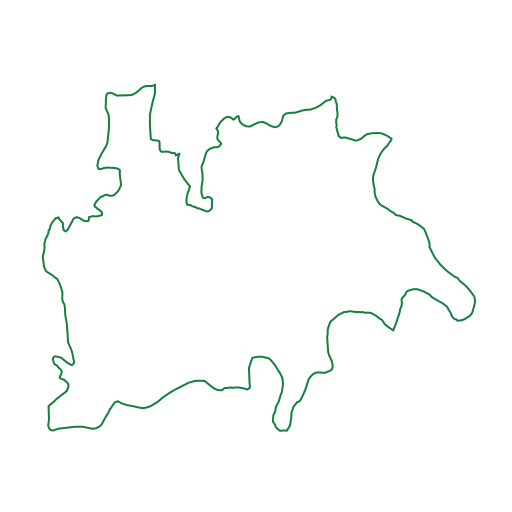 the district of Tukh, Al Qalyubiyah, Egypt, rotated 177°
{"feature_id": "37247803B54771061850383", "entity_name": "Tukh", "entity_type": "district", "adm_level": 2, "iso_a3": "EGY", "parent_name": "Egypt", "parent_adm1": "Al Qalyubiyah", "projection": "equal_earth", "projection_center": [31.147, 30.344], "detail": "fine", "context": "isolated", "style": "outline", "palette": "green", "viewbox_px": 512, "rotation_deg": 177, "n_neighbors": 0, "source": "geoboundaries", "source_scale": "gbopen_adm2", "svg_char_len": 6095}
<svg xmlns="http://www.w3.org/2000/svg" viewBox="0 0 512 512"><g transform="rotate(177 256 256)"><path d="M122.9,174.6L119.6,181.6L115.5,192.2L114.9,195.1L113.4,198.2L112.7,201.4L113.0,204.1L112.6,205.9L112.3,206.4L110.9,207.6L109.3,209.2L107.3,212.7L104.1,213.9L100.3,214.6L96.5,214.4L90.1,211.6L84.2,208.1L83.6,206.9L82.8,206.0L78.1,202.7L72.5,199.3L67.8,195.3L66.6,192.5L64.8,189.5L64.0,186.9L62.8,184.4L61.0,182.7L59.0,182.0L58.7,181.3L58.0,180.8L54.5,181.0L51.5,181.8L46.3,184.6L44.6,186.0L43.4,187.5L42.4,189.7L40.0,197.2L39.6,199.7L39.8,202.2L40.3,204.3L43.2,208.9L46.6,213.4L49.7,216.8L53.7,220.3L56.0,223.7L58.4,224.7L64.1,229.3L67.7,232.6L72.7,238.2L77.4,244.8L82.3,255.8L82.0,258.5L82.3,261.0L85.0,269.6L86.6,273.9L88.9,276.2L91.8,278.6L94.9,280.6L97.6,281.8L98.3,282.6L98.6,283.6L103.6,285.3L110.5,288.7L114.3,289.6L115.3,290.9L116.8,292.3L118.8,293.4L122.7,296.6L128.5,300.2L130.3,302.2L131.7,304.5L133.4,308.6L134.1,311.9L134.2,314.4L134.0,316.6L134.8,320.6L135.2,324.8L135.1,327.8L134.5,330.5L131.2,339.0L129.2,345.9L127.3,349.9L125.4,352.9L123.4,355.3L121.4,357.4L119.2,359.0L117.1,362.1L115.1,364.3L114.5,366.1L118.8,369.2L123.5,371.6L125.0,372.1L128.2,372.5L133.8,372.5L138.6,371.9L141.7,370.1L145.1,367.4L146.8,367.0L148.4,366.2L150.3,366.0L160.1,369.5L161.9,369.8L164.8,369.4L167.4,371.8L167.4,373.6L168.3,376.1L168.4,377.6L169.1,380.3L168.6,382.7L169.0,385.2L168.7,388.0L167.7,390.2L167.2,392.9L167.1,395.3L167.5,397.7L167.4,403.5L168.4,406.5L168.4,408.4L169.9,410.1L172.2,411.1L172.4,409.9L173.4,408.3L178.2,407.1L183.7,403.3L189.4,400.5L191.8,400.1L193.8,399.3L197.9,399.4L201.5,399.0L209.7,397.0L212.1,397.2L218.5,396.8L221.4,394.8L223.1,389.3L225.5,385.6L226.6,384.7L229.4,383.6L232.7,384.3L236.5,386.3L237.7,387.3L242.1,389.6L247.4,389.1L249.0,388.2L252.7,386.9L254.7,385.6L258.7,386.0L261.5,387.3L264.0,389.5L265.2,391.4L266.2,396.6L267.8,396.2L270.2,394.0L271.4,393.4L274.3,395.9L277.9,396.4L280.9,394.9L281.6,394.1L283.7,392.4L286.5,388.8L287.1,387.5L288.9,385.5L287.3,382.4L287.4,380.5L288.2,378.2L288.5,375.6L288.0,373.9L285.6,371.3L284.8,369.9L287.0,367.4L289.1,366.7L292.5,366.8L294.5,366.0L296.3,365.6L299.4,363.3L300.3,361.8L303.1,354.2L303.4,352.7L305.3,349.3L305.8,347.2L305.2,341.3L305.2,336.6L305.5,333.7L306.6,328.6L307.2,322.8L306.9,320.1L306.1,317.1L304.5,316.5L303.8,316.5L302.0,317.3L300.0,317.4L298.0,316.3L297.0,314.9L296.9,313.2L297.4,310.4L297.3,309.6L297.6,305.7L300.1,303.7L301.4,303.1L303.2,303.1L305.1,304.2L306.9,304.7L308.4,305.7L310.5,306.6L312.4,306.8L313.6,307.9L317.0,309.0L319.0,310.4L322.0,310.8L322.6,313.5L322.4,316.3L322.0,318.5L321.0,322.2L320.0,324.4L318.3,328.9L323.6,336.4L328.5,345.9L328.7,358.0L327.1,362.0L327.3,362.2L327.9,361.7L330.8,360.7L331.3,362.5L332.0,363.1L334.8,363.2L337.1,364.4L339.1,364.9L344.8,365.0L346.0,366.1L346.6,367.6L346.4,373.9L346.6,375.8L348.1,376.4L352.6,377.0L354.9,378.2L355.1,392.8L354.5,402.9L351.5,414.1L348.4,423.6L347.9,432.1L351.5,431.2L355.6,431.5L358.3,431.2L361.2,430.0L366.9,425.5L370.5,423.7L372.6,423.2L386.8,423.5L391.2,426.2L392.8,426.6L394.9,426.3L396.2,425.9L396.8,424.8L397.6,421.1L398.4,411.7L398.0,410.2L397.2,408.7L395.9,404.8L395.7,403.4L395.8,395.7L396.5,388.9L398.5,377.0L399.8,373.8L405.3,365.6L408.2,360.2L408.9,358.3L409.7,354.4L408.8,351.4L407.2,350.8L403.6,351.7L400.1,352.1L391.2,351.1L388.3,349.7L387.4,348.5L387.8,345.5L387.0,333.6L388.0,332.1L388.7,330.6L390.4,327.9L394.6,324.2L396.8,323.6L399.5,324.0L401.2,324.8L403.6,324.8L406.4,323.4L407.7,323.4L412.8,318.5L414.7,315.5L414.6,314.7L414.3,313.7L412.9,312.7L411.7,311.4L409.3,309.6L407.5,307.5L407.6,305.2L408.2,304.7L413.6,303.8L416.8,304.4L420.7,303.5L421.0,300.9L421.9,299.6L424.8,299.8L427.0,300.7L429.8,302.9L432.3,304.0L433.5,304.0L435.5,303.3L436.3,302.7L442.7,292.0L444.7,290.5L446.6,291.8L447.3,295.0L447.1,299.0L450.8,303.4L451.1,304.8L454.2,304.1L457.9,300.0L459.6,297.2L460.6,293.5L461.8,292.4L461.9,290.5L463.4,286.9L465.1,284.4L466.8,279.1L466.6,276.3L467.3,271.9L468.6,267.9L469.0,265.5L468.2,256.6L466.5,251.8L460.6,247.6L456.4,243.8L455.8,243.7L453.6,238.9L452.8,236.2L451.2,230.1L451.8,223.0L451.0,219.7L449.9,217.7L449.5,214.1L449.6,208.4L449.2,203.3L448.6,199.8L448.3,192.0L448.2,179.5L445.8,173.4L444.5,168.8L443.3,160.2L443.3,158.9L444.3,157.6L445.4,156.7L446.5,157.0L450.2,159.5L453.1,162.0L455.8,164.6L461.7,166.4L463.4,165.6L464.3,164.2L463.5,159.6L462.3,158.1L460.5,157.0L458.9,154.7L457.7,153.7L456.8,152.5L456.0,150.6L456.6,148.4L458.0,146.1L458.3,145.3L458.2,144.4L455.5,142.9L454.5,142.8L450.7,139.0L449.9,136.3L452.0,131.1L463.0,123.4L465.5,121.1L471.0,117.0L471.3,103.5L472.4,97.3L471.1,93.7L468.3,92.3L462.2,93.9L446.1,94.9L438.1,94.6L429.5,92.3L427.1,92.0L424.5,92.5L422.2,93.4L420.5,94.4L418.8,96.1L415.6,101.5L411.1,108.2L410.2,110.1L404.8,117.1L401.7,118.2L397.7,115.8L392.2,113.7L387.2,112.6L377.7,110.0L373.7,110.3L369.5,111.4L361.9,115.4L355.7,120.1L349.2,124.0L344.4,126.5L329.9,133.0L323.1,134.5L317.9,134.4L313.8,133.9L307.8,128.4L304.7,125.9L302.4,124.6L300.3,124.0L296.9,123.7L294.5,125.7L291.6,125.7L288.9,126.1L286.5,125.6L282.9,125.8L280.1,125.6L275.3,124.5L272.1,123.2L269.4,124.3L268.8,127.0L269.1,129.0L268.9,144.4L267.3,148.8L264.9,154.5L259.5,155.3L256.3,155.2L252.0,154.2L248.3,153.0L246.2,150.7L242.3,145.3L240.8,142.3L238.4,138.2L236.1,133.0L235.7,128.0L236.1,124.5L237.2,119.1L239.0,114.9L240.8,109.7L244.2,103.9L245.0,99.5L247.0,96.2L247.8,89.7L246.1,87.0L244.9,83.8L241.7,80.5L239.9,80.1L237.3,80.4L234.4,79.9L231.0,84.8L229.3,92.3L228.8,97.6L226.3,103.7L222.3,108.1L220.2,108.5L218.4,111.0L214.8,117.7L212.8,122.2L209.9,130.1L208.0,132.6L205.7,134.6L203.9,135.8L200.7,136.6L193.2,135.7L187.2,137.9L185.9,139.4L185.2,141.3L185.5,145.5L185.8,147.1L188.2,153.0L189.0,156.5L189.2,171.0L188.4,175.3L188.3,178.4L187.7,180.6L185.5,185.7L184.2,187.4L182.0,188.7L177.1,192.8L171.0,195.4L167.9,195.5L166.2,195.9L164.5,195.9L158.9,194.7L156.4,194.8L154.3,194.3L152.5,194.5L150.8,193.7L146.2,193.5L144.2,193.1L141.3,191.4L138.0,189.1L136.0,187.1L134.0,186.0L132.5,184.0L131.3,181.5L127.8,178.3L122.9,174.6Z" fill="none" stroke="#15803d" stroke-width="2"/></g></svg>